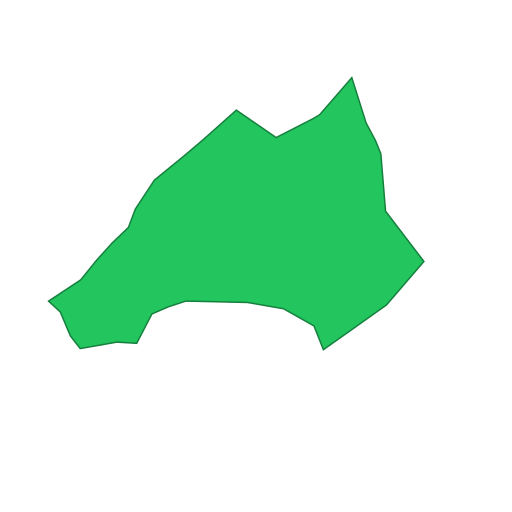 Sant, Övörhangay, Mongolia (Robinson projection), rotated 317°
{"feature_id": "93677404B89182419744120", "entity_name": "Sant", "entity_type": "district", "adm_level": 2, "iso_a3": "MNG", "parent_name": "Mongolia", "parent_adm1": "Övörhangay", "projection": "robinson", "projection_center": [103.758, 45.985], "detail": "fine", "context": "isolated", "style": "filled", "palette": "green", "viewbox_px": 512, "rotation_deg": 317, "n_neighbors": 0, "source": "geoboundaries", "source_scale": "gbopen_adm2", "svg_char_len": 574}
<svg xmlns="http://www.w3.org/2000/svg" viewBox="0 0 512 512"><g transform="rotate(317 256 256)"><path d="M341.1,135.9L296.4,134.9L271.5,133.7L233.4,131.2L199.7,139.4L182.2,148.1L159.5,148.4L136.2,150.4L111.6,153.9L73.5,147.5L74.7,163.4L65.7,188.0L64.3,203.8L95.5,224.1L109.2,238.5L140.4,227.4L157.5,233.5L173.7,241.0L180.2,247.2L218.1,284.2L240.2,313.4L250.7,346.7L241.4,370.5L318.0,380.8L375.1,374.5L381.3,311.6L417.0,266.4L422.1,253.1L427.3,233.7L447.7,190.9L398.8,196.1L390.8,194.3L351.5,183.1L341.1,135.9Z" fill="#22c55e" stroke="#15803d" stroke-width="1.5"/></g></svg>